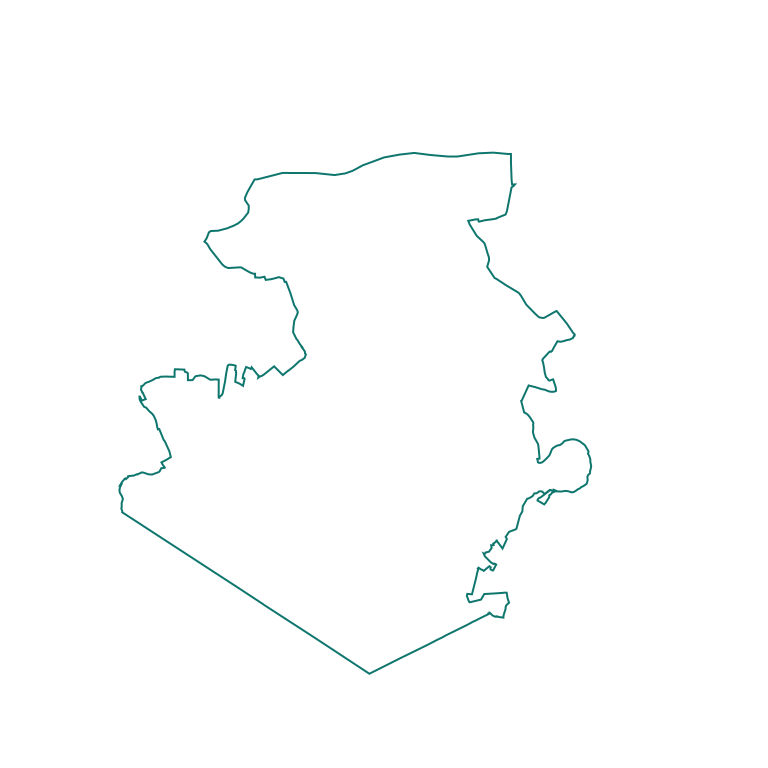 the district of Lipnita, Constanta, Romania, rotated 28°
{"feature_id": "2599482B13540904206543", "entity_name": "Lipnita", "entity_type": "district", "adm_level": 2, "iso_a3": "ROU", "parent_name": "Romania", "parent_adm1": "Constanta", "projection": "robinson", "projection_center": [27.564, 44.098], "detail": "fine", "context": "isolated", "style": "outline", "palette": "teal", "viewbox_px": 768, "rotation_deg": 28, "n_neighbors": 0, "source": "geoboundaries", "source_scale": "gbopen_adm2", "svg_char_len": 6153}
<svg xmlns="http://www.w3.org/2000/svg" viewBox="0 0 768 768"><g transform="rotate(28 384 384)"><path d="M388.1,121.3L385.5,122.7L371.9,128.4L359.2,135.9L342.0,148.7L333.7,153.1L318.0,159.8L302.2,165.8L290.1,174.1L277.6,184.0L262.5,201.0L256.2,210.5L251.1,216.1L242.3,222.7L224.5,229.9L195.3,245.3L176.2,262.7L173.7,264.2L173.3,278.7L173.8,284.8L174.9,286.8L180.8,290.0L182.3,292.7L183.6,296.4L182.3,303.9L181.2,307.4L179.7,310.8L177.1,314.6L172.4,320.2L165.6,326.5L159.3,330.2L158.2,332.3L159.0,338.5L158.6,342.6L161.1,343.0L163.1,343.9L167.2,346.5L184.7,354.2L187.3,354.9L189.3,355.1L192.1,354.7L200.9,349.3L203.2,348.1L210.8,348.4L210.6,348.4L213.8,348.4L217.1,347.9L218.4,347.2L220.2,350.4L224.8,348.2L228.1,345.4L230.7,347.6L235.2,344.4L239.2,340.8L240.8,339.1L245.7,338.1L248.4,340.5L249.6,339.7L258.8,347.8L267.6,356.5L272.9,359.7L274.2,361.1L274.7,363.5L275.1,370.3L277.4,376.4L279.5,381.0L285.6,385.4L286.9,385.8L291.2,388.4L294.4,389.8L294.1,390.1L298.8,392.4L300.1,394.2L301.1,394.5L301.7,398.1L300.2,401.3L298.7,403.1L296.0,411.0L293.3,417.2L293.1,417.2L290.5,423.6L278.7,420.0L273.5,432.1L272.4,434.1L271.3,435.1L270.7,436.0L270.0,437.5L269.4,435.6L267.3,434.9L259.3,431.4L259.4,433.2L258.7,433.2L254.3,433.7L254.6,436.8L255.1,438.8L255.2,441.4L256.5,445.2L258.0,444.5L258.5,444.9L260.4,451.8L256.2,451.5L251.6,451.9L248.3,443.6L247.6,443.0L247.1,441.8L246.0,441.6L244.6,437.6L243.5,437.6L240.6,438.5L238.2,439.6L237.4,441.1L239.7,448.8L242.4,456.2L245.9,467.8L246.0,469.5L245.8,470.4L244.7,472.3L245.1,473.4L244.4,473.6L236.0,457.7L232.3,459.5L228.7,461.8L221.8,461.4L218.0,462.5L214.1,465.5L213.7,466.5L213.3,469.8L213.0,470.5L209.1,472.7L206.0,467.0L205.6,466.5L204.8,466.3L202.5,466.6L201.9,466.2L201.0,465.0L192.5,469.1L193.1,471.0L195.7,476.0L187.4,480.1L183.0,482.7L182.3,484.1L180.8,485.1L179.6,486.2L177.8,489.2L175.6,492.1L173.0,495.0L171.8,498.9L171.1,499.5L170.7,500.1L171.4,500.8L172.0,502.9L174.6,505.0L174.8,504.8L175.1,504.9L176.9,506.4L180.7,509.2L178.0,512.3L174.4,509.7L174.0,509.9L175.5,512.3L177.7,514.0L182.8,516.7L183.3,516.8L185.0,516.5L185.8,516.8L189.1,518.1L193.6,519.2L196.1,520.5L199.9,523.5L202.5,526.5L203.6,528.1L205.7,530.2L206.7,529.3L216.0,537.0L217.4,537.5L226.1,544.2L230.1,548.6L227.4,553.2L224.3,557.7L226.8,559.3L229.7,560.7L229.7,560.9L226.9,563.0L226.9,566.5L226.4,567.6L221.8,572.8L218.5,574.3L213.1,575.2L211.6,575.8L208.7,579.6L208.4,579.5L206.0,582.4L202.3,584.8L201.3,585.7L201.8,586.4L200.8,589.1L199.9,588.8L199.4,590.1L198.7,593.8L198.5,597.1L199.3,596.3L199.5,599.8L199.8,600.6L200.0,600.8L200.1,601.7L201.5,603.7L202.7,604.6L205.1,606.0L207.2,607.8L207.5,608.4L208.3,612.4L210.2,615.8L210.4,617.0L213.2,619.9L213.2,620.2L354.4,632.7L380.9,635.2L382.2,635.4L443.2,640.7L507.1,646.7L527.2,618.3L545.6,592.9L551.0,585.0L554.3,580.6L556.7,576.8L570.4,557.8L574.4,551.8L576.3,549.4L577.4,547.7L584.5,537.8L584.0,537.5L584.5,537.0L584.4,536.4L585.2,536.4L588.3,537.4L590.2,537.4L592.2,537.0L592.6,536.7L592.5,536.3L593.8,535.9L594.6,535.9L599.1,534.2L598.6,533.3L598.0,531.3L597.0,525.7L596.2,524.1L596.0,523.2L595.9,522.2L596.1,521.0L597.1,518.4L593.9,515.4L590.3,510.7L588.2,511.7L587.0,512.6L580.8,516.5L571.1,522.4L570.9,528.8L562.2,536.5L561.3,536.3L557.5,533.0L556.6,532.1L556.1,530.2L560.4,528.4L556.3,511.7L555.0,507.3L554.1,503.2L553.4,502.9L553.7,501.8L556.6,502.2L558.0,501.9L559.8,502.2L562.5,495.5L564.2,495.7L564.7,497.1L565.2,497.7L567.3,497.7L567.9,497.3L567.8,490.7L566.8,490.6L565.5,490.9L565.4,491.4L564.9,491.5L562.0,491.3L554.0,488.8L551.6,486.9L552.4,486.9L552.8,486.4L552.9,486.0L552.7,485.2L555.4,482.8L556.0,478.3L554.3,476.1L556.4,474.9L556.5,474.7L555.4,473.7L556.7,471.2L556.9,469.3L557.2,469.2L558.0,469.9L565.9,473.6L565.3,463.4L564.8,462.8L563.2,461.9L563.8,456.1L564.2,455.4L568.4,450.6L568.7,450.2L568.8,449.3L565.8,436.4L566.0,431.6L563.9,426.8L564.3,418.1L565.5,417.0L567.3,414.2L567.9,413.0L568.1,410.0L570.1,408.8L571.4,406.0L572.7,405.2L574.1,404.7L577.4,405.7L580.2,399.6L583.1,398.8L583.8,398.3L583.9,398.0L583.7,397.7L584.8,397.6L583.6,398.9L580.6,399.7L580.3,400.1L575.7,410.2L574.2,412.4L574.0,413.0L574.0,413.9L574.2,414.8L582.0,415.1L582.5,412.9L583.0,406.3L582.2,404.8L582.4,404.0L583.0,403.5L583.5,400.8L584.3,400.2L585.3,398.5L590.9,395.8L594.1,393.4L595.8,392.6L599.2,391.7L600.1,391.8L602.3,390.3L603.8,387.7L604.5,386.0L605.8,384.5L606.5,382.5L607.8,380.8L609.2,378.2L609.8,376.7L609.0,373.3L607.2,370.6L607.0,368.9L607.2,367.8L607.7,366.7L607.7,366.0L606.9,364.2L606.0,360.7L605.4,359.1L602.4,355.4L601.9,354.2L601.2,353.3L599.1,351.3L596.7,349.6L596.5,348.0L595.8,347.2L590.0,343.7L583.8,342.7L580.3,342.9L578.4,343.5L577.4,343.8L575.2,345.1L570.9,348.8L570.0,349.9L569.4,352.4L568.4,354.6L567.8,355.5L566.4,356.4L564.3,359.3L563.7,360.6L563.4,361.0L563.0,362.5L563.0,363.5L563.5,368.0L563.5,369.6L562.4,373.7L561.0,377.7L560.2,379.1L559.3,380.1L557.6,380.9L556.8,380.9L554.5,378.2L556.3,376.9L555.8,375.9L550.0,367.1L548.8,365.4L547.8,364.4L542.1,360.8L538.6,357.2L537.9,356.2L537.1,354.1L536.0,351.8L534.9,350.3L534.4,348.7L533.6,347.7L528.3,344.8L526.0,343.8L523.9,343.3L521.1,343.3L513.1,334.6L513.4,334.3L512.4,317.4L519.2,315.7L525.9,314.5L528.4,313.6L533.1,313.1L535.2,312.4L537.2,311.4L539.1,309.6L538.3,307.8L536.5,305.6L531.1,300.5L528.5,303.3L527.5,303.4L526.1,302.6L523.7,301.8L520.6,298.5L517.5,294.2L513.5,289.4L512.8,289.1L512.5,288.4L512.6,286.8L515.0,277.7L515.6,277.2L516.3,277.2L516.9,275.7L516.8,272.9L517.1,264.8L520.0,263.9L523.3,261.1L523.7,260.4L527.3,257.4L529.3,254.5L529.1,253.5L529.5,252.2L529.1,252.1L529.3,251.2L529.1,250.7L527.0,250.1L517.3,244.9L502.2,238.5L501.2,239.7L494.5,250.2L493.2,251.2L489.5,252.3L484.5,251.0L472.5,247.2L463.4,241.7L460.8,240.5L459.1,240.2L445.4,239.5L434.1,238.4L431.9,238.5L420.1,232.1L418.7,225.4L417.7,223.8L416.9,222.6L414.3,220.2L409.5,215.3L406.7,212.6L404.4,211.8L396.4,209.7L384.9,203.0L381.8,200.4L387.3,195.9L389.8,194.4L391.1,195.9L391.6,196.1L396.0,192.2L403.7,186.7L405.7,185.0L405.8,184.4L411.7,177.4L411.6,175.0L410.9,172.1L404.3,150.5L405.4,148.4L405.9,146.3L403.4,147.7L400.8,143.8L392.5,129.5L388.1,121.3Z" fill="none" stroke="#0f766e" stroke-width="2"/></g></svg>